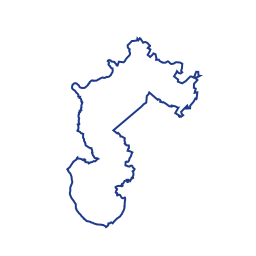 Guaranda, Sucre, Colombia, rotated 144°
{"feature_id": "7082276B46316322938304", "entity_name": "Guaranda", "entity_type": "district", "adm_level": 2, "iso_a3": "COL", "parent_name": "Colombia", "parent_adm1": "Sucre", "projection": "albers", "projection_center": [-74.667, 8.394], "detail": "fine", "context": "isolated", "style": "outline", "palette": "blue", "viewbox_px": 256, "rotation_deg": 144, "n_neighbors": 0, "source": "geoboundaries", "source_scale": "gbopen_adm2", "svg_char_len": 5897}
<svg xmlns="http://www.w3.org/2000/svg" viewBox="0 0 256 256"><g transform="rotate(144 128 128)"><path d="M196.4,59.9L194.5,60.5L190.1,61.2L186.3,61.1L185.2,61.6L183.5,62.0L181.9,63.0L180.3,63.7L178.6,64.8L177.2,66.1L177.0,66.9L176.5,67.0L174.3,69.8L172.1,72.1L171.4,73.5L171.6,73.7L172.8,73.8L173.8,74.5L174.1,75.2L173.8,78.4L174.1,79.0L174.8,79.4L176.3,79.8L176.1,80.5L175.2,81.2L175.1,81.8L175.7,82.3L175.7,84.1L175.7,83.8L175.2,83.7L174.6,84.1L172.9,84.7L172.8,85.1L173.1,86.7L172.9,87.4L172.7,87.6L171.9,87.5L169.9,86.9L167.4,84.9L166.5,85.9L165.9,86.2L165.8,85.9L167.0,84.5L166.6,84.3L166.4,84.4L166.5,84.7L166.3,85.1L165.6,85.8L164.4,86.0L162.0,87.1L161.0,87.0L160.3,86.1L159.8,86.2L160.0,85.7L159.2,85.7L159.9,84.5L159.6,84.4L159.6,84.7L158.7,84.9L158.9,85.2L158.8,85.7L158.9,85.9L158.9,86.4L158.0,85.8L157.3,83.9L156.6,84.5L155.5,84.5L154.5,85.6L154.3,85.6L153.6,84.6L153.2,84.6L152.7,85.9L151.3,86.7L150.6,87.6L149.8,89.2L149.7,90.3L148.3,90.1L146.8,90.9L147.3,93.3L146.9,94.4L147.1,95.4L148.4,96.1L149.2,95.8L149.6,96.0L150.7,97.2L151.2,98.3L151.8,98.8L152.0,99.3L149.9,101.9L149.0,101.8L148.1,100.6L147.4,100.7L146.1,101.2L144.7,102.5L142.3,103.4L139.9,105.2L138.8,105.7L139.9,107.8L141.7,109.8L140.1,111.0L139.2,111.1L137.6,113.4L138.5,114.2L139.2,114.6L139.8,116.3L139.8,117.2L139.2,117.2L138.3,119.8L137.2,120.9L137.0,121.7L136.7,121.8L138.1,124.9L139.1,125.6L138.6,126.6L138.6,128.2L138.9,129.9L139.9,129.9L141.2,134.7L104.8,137.4L101.2,138.0L98.3,137.8L93.9,142.9L91.7,143.2L89.9,144.3L87.4,133.4L86.7,133.6L86.4,133.4L85.6,132.1L85.6,130.9L86.5,130.3L84.9,128.3L84.4,128.3L83.8,127.2L83.0,125.2L81.8,121.3L80.1,119.7L79.5,120.5L79.2,120.2L77.0,117.7L75.6,115.0L75.3,114.8L81.0,112.3L79.3,108.0L79.9,107.4L79.7,106.8L78.8,107.1L78.5,105.9L75.9,105.9L76.1,107.0L76.1,108.4L75.4,109.9L66.9,111.3L67.3,109.5L68.8,109.1L66.2,107.4L65.0,109.0L64.3,109.6L59.5,110.7L56.2,112.3L55.7,111.2L55.3,111.4L50.9,116.1L51.9,116.7L52.1,116.7L53.4,117.3L50.1,120.0L51.1,121.8L48.7,124.9L43.6,126.0L44.1,128.7L43.2,128.9L41.9,128.3L39.2,128.0L40.2,128.9L38.2,132.1L39.8,133.4L45.1,130.0L45.3,130.7L45.8,131.1L46.2,132.1L46.9,132.8L47.5,133.0L53.7,132.0L57.9,132.3L60.4,136.2L59.0,137.6L60.4,142.7L58.3,143.6L57.0,144.0L55.0,145.2L54.7,142.7L53.4,141.2L51.4,141.2L51.5,142.9L49.1,144.8L46.3,148.1L47.4,150.3L49.8,152.5L51.0,153.2L52.3,153.1L53.2,153.3L54.6,153.9L55.5,154.5L55.9,155.9L56.2,157.9L56.6,158.5L57.2,158.7L58.7,158.7L59.8,159.1L61.8,160.8L61.9,161.1L61.7,161.1L62.3,162.0L63.0,163.6L62.9,165.2L65.2,166.6L64.8,167.2L64.1,167.5L62.4,171.6L63.6,173.4L64.3,173.0L68.3,172.4L69.1,175.6L65.7,177.1L63.7,178.4L65.0,181.1L64.1,181.3L62.2,181.3L61.8,181.7L62.1,182.3L62.3,185.3L62.9,186.6L63.6,187.5L64.9,188.0L65.6,188.1L65.4,193.0L65.7,193.7L67.9,192.9L67.9,194.7L69.1,193.5L72.5,195.2L73.7,196.1L77.4,195.4L79.5,195.2L79.8,195.0L80.8,193.2L80.8,192.5L80.4,190.9L80.7,190.8L80.8,190.2L81.7,189.7L82.3,187.4L83.3,186.3L85.2,185.7L86.5,185.6L89.4,184.9L90.9,184.1L92.9,183.7L96.4,187.0L100.5,184.2L100.2,184.7L100.3,185.7L100.0,187.1L100.3,188.0L100.1,188.9L100.2,189.5L102.3,191.5L102.4,193.0L103.1,193.8L103.5,194.1L104.7,194.3L105.0,194.1L104.8,193.4L105.0,192.1L105.5,191.5L105.9,191.4L106.5,190.8L106.4,189.2L106.1,188.6L106.5,187.0L105.9,185.7L105.5,185.3L106.1,184.5L106.2,184.0L107.5,182.4L109.8,181.5L110.6,180.9L113.0,180.7L114.5,181.2L115.4,181.9L117.4,182.2L117.9,182.6L118.8,183.7L119.5,184.0L121.1,184.4L122.8,184.4L123.6,184.8L124.9,184.7L126.1,185.1L127.6,186.2L128.3,186.5L128.5,187.1L128.8,187.2L129.0,187.6L129.9,187.8L131.8,187.7L132.4,187.4L132.9,187.3L133.1,186.9L134.5,186.8L135.4,186.2L139.2,185.9L140.9,186.8L141.8,187.5L143.0,189.2L142.8,192.0L143.3,193.0L143.3,194.0L144.1,195.1L145.2,195.7L147.5,195.5L149.1,194.2L149.8,193.1L149.9,192.2L149.7,191.3L149.2,190.1L148.9,188.4L149.1,187.0L148.7,185.7L148.6,184.3L149.2,183.0L149.7,182.9L149.8,182.6L149.3,181.9L148.7,181.5L149.1,181.3L149.5,180.7L149.1,180.4L149.0,180.1L149.0,179.4L149.3,178.4L149.6,177.8L149.6,177.1L150.0,176.9L149.9,176.5L150.2,176.4L150.1,176.1L150.3,175.7L150.1,175.2L151.5,174.4L152.9,173.2L153.5,172.0L154.4,171.7L154.4,171.3L154.9,170.8L155.3,169.9L155.8,170.2L156.2,169.9L156.3,170.2L156.8,170.4L157.1,169.8L157.6,169.7L157.7,169.1L158.4,169.2L158.4,168.9L158.9,168.7L159.7,167.8L160.2,167.8L161.6,165.9L161.8,164.5L162.5,164.1L162.9,163.5L163.4,163.2L163.5,162.8L164.6,161.4L164.8,161.0L164.7,160.5L165.1,159.8L165.5,159.7L165.9,160.4L166.6,160.4L166.6,159.1L167.4,158.4L168.0,157.1L168.9,156.5L169.5,155.7L170.2,155.8L170.6,155.5L170.6,155.2L169.9,154.5L169.1,152.9L169.0,151.2L168.2,150.5L167.7,149.5L168.3,149.0L168.5,148.6L170.0,146.7L170.1,146.0L170.0,145.0L171.1,143.5L171.2,142.4L171.1,141.8L171.5,141.4L171.7,140.1L172.3,139.4L172.4,138.7L170.9,134.8L169.4,133.0L170.0,132.2L170.0,131.3L170.6,130.3L171.1,129.1L171.6,129.2L171.8,128.9L171.8,128.2L172.4,126.7L172.3,124.9L172.6,124.0L172.4,123.0L170.7,121.7L170.3,120.6L171.5,120.8L172.5,120.5L174.2,120.4L175.4,121.4L177.4,121.6L178.2,122.2L179.9,122.3L180.6,122.5L180.3,123.4L182.4,125.4L182.5,125.7L182.4,126.0L181.5,127.0L181.3,127.3L181.4,127.8L181.7,128.4L182.0,128.5L182.6,127.9L183.0,128.0L183.5,128.8L183.7,129.9L184.9,131.4L186.5,132.8L186.6,133.2L186.3,133.8L187.1,133.7L187.9,132.8L191.8,132.9L192.3,132.5L192.7,132.6L198.1,130.5L201.3,130.3L201.2,129.3L201.4,129.3L201.7,127.6L201.5,125.4L201.6,124.4L202.3,121.8L203.8,119.3L204.5,117.6L205.2,116.6L209.5,113.9L210.2,113.1L211.5,111.2L213.5,109.3L214.1,108.0L214.9,104.5L214.8,100.4L215.0,99.3L215.0,97.1L217.3,93.8L217.3,92.9L217.7,92.3L217.8,91.3L217.7,87.6L217.3,85.9L217.4,84.0L216.7,80.5L217.0,80.4L216.1,77.5L216.2,77.1L213.8,74.5L213.4,73.4L212.3,72.1L211.6,70.6L210.2,68.9L210.0,68.4L206.1,65.2L206.0,64.8L205.1,64.1L204.0,61.8L204.0,60.7L201.4,60.9L199.9,62.3L198.9,61.6L197.1,61.6L196.9,61.3L196.4,59.9Z" fill="none" stroke="#1e3a8a" stroke-width="2"/></g></svg>